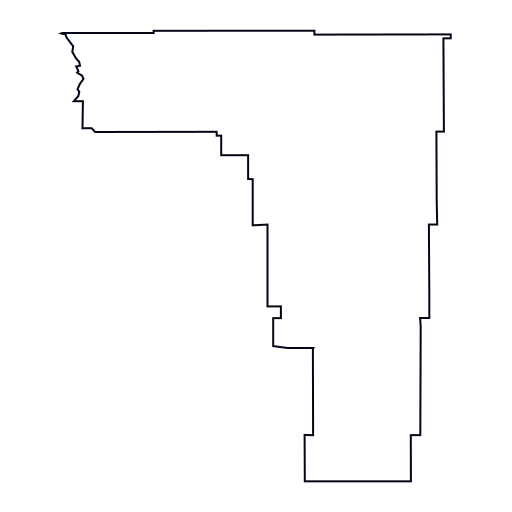 Rosebud, Montana, United States of America (Robinson projection)
{"feature_id": "52423323B43348892660501", "entity_name": "Rosebud", "entity_type": "district", "adm_level": 2, "iso_a3": "USA", "parent_name": "United States of America", "parent_adm1": "Montana", "projection": "robinson", "projection_center": [-107.061, 46.02], "detail": "fine", "context": "isolated", "style": "outline", "palette": "ink", "viewbox_px": 512, "rotation_deg": 0, "n_neighbors": 0, "source": "geoboundaries", "source_scale": "gbopen_adm2", "svg_char_len": 893}
<svg xmlns="http://www.w3.org/2000/svg" viewBox="0 0 512 512"><path d="M429.3,318.0L429.3,294.4L428.9,224.5L437.2,224.5L436.7,201.1L436.4,131.6L443.9,131.6L443.7,93.7L443.4,38.3L450.7,38.3L450.7,34.4L314.4,34.6L314.4,30.7L153.6,30.8L153.6,33.0L62.4,33.0L61.3,33.4L65.7,34.6L66.4,37.3L73.2,46.3L72.3,51.9L76.1,58.5L79.2,61.9L80.0,65.8L76.2,66.4L78.4,71.3L77.1,72.7L82.0,75.6L83.5,78.8L80.1,83.5L77.5,89.2L79.3,91.7L78.3,96.1L73.8,101.2L82.9,101.2L82.5,128.3L85.9,128.2L91.6,128.2L95.1,132.0L216.6,131.8L216.7,135.7L221.2,135.7L221.2,155.2L248.1,155.2L248.1,179.0L252.7,179.2L252.7,225.3L267.5,224.6L267.5,293.7L267.5,296.1L267.5,306.4L280.9,306.4L280.9,318.1L273.2,318.1L273.2,346.1L287.6,348.0L313.4,348.0L312.9,349.0L313.1,435.2L304.6,434.9L304.8,481.3L385.0,481.3L410.9,481.3L410.8,435.1L420.3,435.1L420.7,326.5L420.1,318.0L429.3,318.0Z" fill="none" stroke="#020617" stroke-width="2"/></svg>